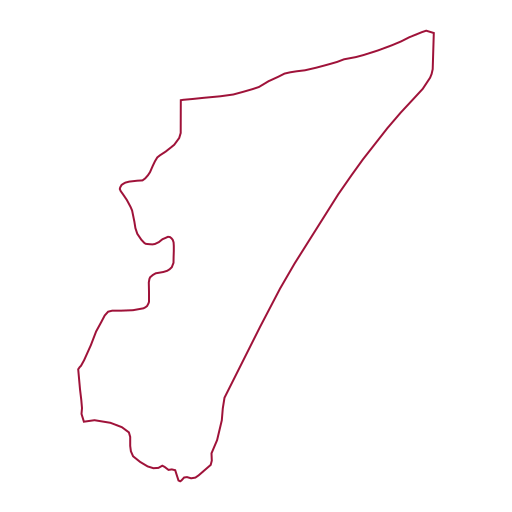 outline of Sam Son, Thanh Hóa, Vietnam
{"feature_id": "81297802B12977108616150", "entity_name": "Sam Son", "entity_type": "district", "adm_level": 2, "iso_a3": "VNM", "parent_name": "Vietnam", "parent_adm1": "Thanh Hóa", "projection": "albers", "projection_center": [105.897, 19.753], "detail": "fine", "context": "isolated", "style": "outline", "palette": "rose", "viewbox_px": 512, "rotation_deg": 0, "n_neighbors": 0, "source": "geoboundaries", "source_scale": "gbopen_adm2", "svg_char_len": 2094}
<svg xmlns="http://www.w3.org/2000/svg" viewBox="0 0 512 512"><path d="M180.8,100.2L180.7,133.0L179.2,138.0L174.2,144.8L165.8,151.5L160.1,155.2L157.3,157.4L155.0,161.2L152.7,166.0L150.0,172.2L148.0,175.2L145.2,178.4L142.5,180.4L137.3,180.7L129.3,181.6L125.4,182.6L123.6,183.6L121.6,184.9L120.2,187.4L119.8,189.0L120.7,191.1L123.0,194.3L126.8,199.9L128.9,203.8L130.6,207.0L132.1,210.5L134.4,221.8L135.4,228.1L137.3,233.8L141.3,239.7L144.4,243.0L145.7,243.8L147.3,244.0L149.4,244.2L152.4,244.4L154.9,244.0L157.2,242.9L158.9,242.1L160.6,240.7L162.5,239.2L165.6,237.9L167.7,236.9L168.9,236.9L170.0,237.1L171.5,238.3L172.7,239.8L173.3,241.5L173.6,242.5L173.8,246.0L173.8,251.1L173.6,257.3L173.5,262.8L171.8,267.2L169.6,269.3L167.2,270.8L163.3,272.0L159.3,272.7L155.7,273.3L152.8,275.0L150.1,277.3L149.4,279.0L148.8,282.5L149.0,291.9L149.0,298.3L149.0,298.5L149.0,301.8L148.5,303.3L147.1,306.0L145.4,307.3L143.5,308.3L133.0,310.2L120.2,310.7L112.1,310.7L108.1,311.7L104.7,315.5L101.8,321.0L101.5,321.6L96.1,331.5L91.0,344.8L90.8,345.3L84.1,360.2L81.0,365.8L79.7,367.1L78.2,369.3L80.0,389.2L81.3,400.1L82.0,408.2L81.5,413.9L83.9,421.7L94.5,420.2L110.4,422.8L121.9,427.2L128.9,432.4L130.2,436.9L130.2,445.9L130.9,451.3L133.1,456.3L140.1,461.9L147.6,466.4L153.4,468.2L158.4,467.9L162.3,465.7L164.6,466.9L168.5,469.9L171.8,469.4L175.2,470.2L176.4,474.0L178.5,480.5L180.2,481.3L181.4,480.5L184.1,477.5L187.0,477.1L191.1,478.3L195.4,477.6L198.7,475.3L210.7,464.9L211.8,460.6L211.5,453.3L217.1,440.1L221.8,420.3L222.8,408.3L224.5,397.7L234.5,377.8L260.1,326.8L280.1,288.5L294.6,263.5L338.3,194.2L351.6,175.1L362.9,159.4L387.5,128.0L400.7,112.6L412.8,99.6L422.7,88.9L430.1,77.7L431.6,74.0L432.7,69.2L432.8,65.9L433.8,33.0L426.2,30.7L425.9,30.8L422.0,32.1L409.4,37.2L400.9,41.5L391.8,45.3L377.8,50.5L363.3,55.1L355.8,57.1L344.0,59.3L337.2,61.9L330.6,63.8L324.8,65.4L316.2,67.7L304.9,70.3L296.5,71.3L290.2,72.3L284.5,73.6L278.4,76.7L269.7,80.7L268.7,81.1L258.9,87.0L252.6,89.1L242.9,91.9L233.3,94.5L220.2,96.3L203.9,97.8L192.4,99.0L183.3,99.8L180.8,100.2Z" fill="none" stroke="#9f1239" stroke-width="2"/></svg>